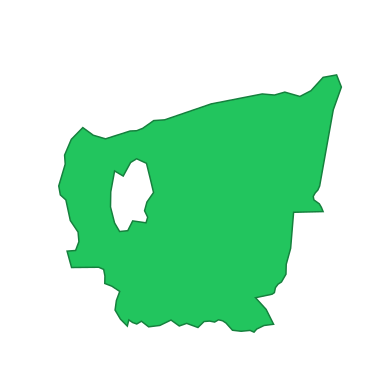 the County of Veszprém, rotated 192°
{"feature_id": "HUN-3158", "entity_name": "Veszprém", "entity_type": "County", "adm_level": 1, "iso_a3": "HUN", "parent_name": "Hungary", "parent_adm1": "", "projection": "albers", "projection_center": [17.661, 47.071], "detail": "fine", "context": "isolated", "style": "filled", "palette": "green", "viewbox_px": 384, "rotation_deg": 192, "n_neighbors": 0, "source": "natural_earth", "source_scale": "10m", "svg_char_len": 1323}
<svg xmlns="http://www.w3.org/2000/svg" viewBox="0 0 384 384"><g transform="rotate(192 192 192)"><path d="M294.1,93.1L301.9,108.2L293.7,110.6L292.3,119.9L295.1,129.1L305.1,138.8L313.7,158.0L320.2,161.8L323.6,170.2L321.8,192.9L324.3,201.6L321.0,218.4L312.2,232.3L300.4,227.0L287.7,226.0L265.2,238.8L259.0,240.4L253.5,244.0L244.3,253.9L233.8,256.9L191.5,282.2L143.7,302.5L131.5,304.0L122.0,309.0L106.3,307.9L96.7,315.8L87.6,331.4L74.9,336.6L67.7,325.7L70.9,301.8L68.4,224.4L69.3,220.1L71.3,216.7L72.5,212.9L71.1,209.6L65.0,206.9L62.2,203.8L59.7,200.1L88.4,193.3L83.8,157.4L84.8,140.9L83.0,131.1L85.8,122.6L88.7,119.7L90.5,115.8L90.5,110.7L92.4,108.7L107.9,101.8L95.1,92.6L84.7,79.6L93.8,76.4L100.2,71.4L102.2,67.8L106.4,68.7L115.0,66.0L123.7,65.2L131.5,70.9L135.3,72.4L139.5,72.5L142.8,69.5L148.0,69.4L153.3,67.8L158.0,60.7L169.9,62.4L176.6,58.3L185.9,62.4L195.7,54.8L206.4,51.1L214.6,55.1L218.6,51.4L223.0,52.0L227.2,53.8L227.4,47.4L235.5,52.7L242.7,60.5L243.4,70.2L242.0,79.7L250.8,83.2L258.3,84.4L259.7,91.7L262.3,97.9L267.6,99.0L294.1,93.1ZM272.1,196.5L271.5,175.2L268.6,160.4L261.3,145.6L254.6,138.3L246.8,140.8L244.0,151.4L230.6,152.3L230.1,158.1L234.5,163.8L234.0,172.8L229.5,183.5L235.7,196.6L242.5,210.6L253.1,213.0L258.2,208.1L262.6,193.3L272.1,196.5Z" fill="#22c55e" stroke="#15803d" stroke-width="1.5"/></g></svg>